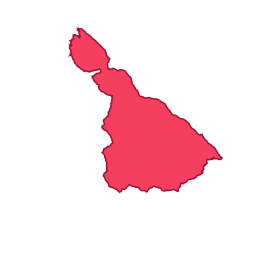 San Antonio, Tolima, Colombia (Equal Earth projection), rotated 302°
{"feature_id": "7082276B18845441418980", "entity_name": "San Antonio", "entity_type": "district", "adm_level": 2, "iso_a3": "COL", "parent_name": "Colombia", "parent_adm1": "Tolima", "projection": "equal_earth", "projection_center": [-75.469, 3.975], "detail": "fine", "context": "isolated", "style": "filled", "palette": "rose", "viewbox_px": 256, "rotation_deg": 302, "n_neighbors": 0, "source": "geoboundaries", "source_scale": "gbopen_adm2", "svg_char_len": 5846}
<svg xmlns="http://www.w3.org/2000/svg" viewBox="0 0 256 256"><g transform="rotate(302 128 128)"><path d="M69.1,155.0L69.5,155.0L71.1,155.9L72.0,155.5L73.2,155.5L74.1,157.4L74.9,158.1L75.6,158.3L77.2,158.3L78.8,158.8L80.2,158.9L80.7,159.3L80.7,161.9L81.3,163.2L82.0,166.3L82.8,167.3L83.0,167.9L83.0,168.5L82.4,170.0L82.1,172.6L83.7,175.5L83.7,177.8L84.1,178.0L85.2,177.7L88.5,178.4L90.6,180.2L91.3,180.2L92.5,180.8L92.7,182.9L93.4,184.9L93.4,185.8L94.3,187.3L94.2,188.0L93.2,189.4L93.5,191.5L94.2,192.7L94.6,192.9L94.8,193.4L95.6,193.8L96.2,195.1L99.4,198.7L100.1,199.7L100.3,200.2L100.5,201.8L100.4,203.3L100.8,203.9L101.3,203.9L103.8,202.7L104.9,203.3L105.7,203.1L106.5,203.5L107.8,202.5L109.0,202.0L109.7,203.8L110.2,204.5L110.8,204.3L111.4,204.7L111.9,205.6L113.9,206.2L116.2,206.4L116.6,206.7L117.3,208.1L118.4,208.7L119.9,210.7L122.4,211.9L123.0,211.8L123.4,212.0L124.3,211.7L125.6,213.1L126.1,213.3L126.4,213.9L127.5,214.1L128.0,214.5L129.1,214.7L129.2,215.0L129.5,214.7L130.2,214.8L130.0,214.1L130.5,214.0L130.8,213.4L131.2,213.5L131.6,214.0L131.9,213.9L133.4,214.0L133.7,213.2L134.7,212.9L135.1,212.3L135.4,212.6L135.7,212.3L136.1,212.6L136.5,212.7L137.0,212.3L137.4,213.1L137.8,212.8L139.4,213.8L140.2,213.7L141.9,211.9L143.2,211.5L143.5,212.8L143.8,212.9L144.2,213.9L145.2,214.2L145.9,216.1L146.3,216.2L146.6,215.7L146.9,215.9L147.1,216.5L147.7,216.0L148.2,216.3L148.2,216.7L147.9,217.4L148.0,218.3L148.8,219.1L149.3,220.2L149.4,221.1L149.9,222.6L151.0,223.5L152.4,223.7L152.6,223.0L152.6,221.4L153.5,219.7L153.7,218.3L154.3,217.5L157.1,212.0L157.3,208.5L157.7,207.0L157.6,204.1L158.2,202.3L158.8,201.7L159.0,199.5L160.7,195.7L161.6,194.7L161.9,194.0L160.0,192.7L159.9,191.2L160.3,189.1L161.3,186.9L161.5,185.5L161.8,182.1L162.3,180.2L164.1,177.1L164.8,173.3L164.9,170.7L164.9,170.1L163.9,168.1L163.5,166.3L164.0,164.2L164.1,162.6L163.9,161.7L163.0,159.5L162.9,158.2L164.1,155.5L164.8,154.6L165.1,152.6L165.6,151.0L167.1,148.1L167.9,147.3L168.0,146.8L168.0,144.7L167.8,143.6L168.1,138.7L167.8,137.0L167.5,136.3L167.0,136.1L166.5,134.9L166.3,133.8L165.6,132.6L165.3,130.4L165.1,129.9L163.8,128.3L162.6,127.2L162.1,123.4L161.3,121.2L161.4,120.7L162.4,119.2L164.6,116.3L164.8,114.7L165.9,112.4L166.9,110.6L167.7,108.2L168.8,107.3L169.7,106.2L172.0,103.9L172.5,102.8L172.5,101.5L172.7,100.5L173.2,99.9L173.6,98.1L174.7,95.5L174.6,93.7L173.7,91.0L172.6,89.9L171.9,89.8L171.2,89.3L171.1,85.4L170.8,84.7L170.8,83.9L170.4,83.4L169.3,82.7L167.6,80.9L168.4,80.3L168.2,79.6L168.5,78.8L170.5,77.5L171.1,76.6L172.9,76.1L173.8,76.7L174.3,76.1L174.6,76.0L177.0,75.9L177.2,75.2L177.2,74.4L177.0,73.8L177.4,73.4L177.5,73.5L177.8,72.2L179.7,69.8L180.6,69.2L180.9,68.1L181.3,68.0L181.9,67.1L181.9,66.5L182.1,66.1L181.9,65.4L182.8,63.4L183.1,61.8L182.9,61.1L183.4,60.6L183.2,59.8L183.5,59.3L183.5,58.4L184.0,57.6L183.9,57.0L184.4,56.1L184.2,55.6L184.9,54.1L184.8,53.3L185.1,52.8L184.9,51.4L185.2,50.6L185.2,49.9L185.4,49.7L185.3,49.1L185.7,48.3L185.8,47.4L186.2,46.8L185.9,45.3L186.2,44.6L186.0,43.4L186.2,42.1L186.4,41.3L186.9,40.8L186.8,39.8L187.2,38.8L187.2,37.0L187.5,36.1L187.3,35.6L186.5,34.6L184.9,34.3L185.6,33.9L186.3,33.0L185.6,32.5L185.4,33.2L185.2,33.5L184.2,33.2L184.2,33.9L184.5,34.4L184.3,34.9L184.4,35.4L184.3,35.7L183.9,35.9L183.3,35.7L182.1,36.7L180.9,38.5L179.1,39.0L178.8,39.8L178.7,39.0L179.5,37.9L179.9,37.8L180.0,37.1L178.9,36.0L178.9,34.4L179.2,34.1L179.2,33.8L178.9,33.3L178.4,33.3L177.7,32.3L176.7,33.0L175.9,33.3L175.6,33.8L175.2,33.9L174.7,34.5L173.6,33.4L172.4,33.5L171.3,32.7L171.3,32.9L171.8,34.2L170.3,34.2L168.8,34.8L168.4,35.2L168.8,35.8L168.7,36.2L168.5,36.4L167.6,36.2L167.2,35.4L167.2,34.9L167.0,35.2L166.5,35.3L166.3,35.6L165.6,35.5L164.8,36.1L164.0,37.4L164.1,37.8L163.5,38.6L162.3,39.0L161.5,40.0L160.5,40.5L160.3,40.3L160.0,40.5L159.9,40.1L159.5,40.6L158.8,40.4L159.4,41.1L159.3,42.3L158.8,42.9L158.4,43.1L158.0,44.1L156.9,45.1L156.9,45.9L156.6,46.5L155.0,48.3L154.8,49.5L154.4,50.1L154.0,51.4L153.7,51.9L153.6,53.7L153.3,54.8L153.6,55.5L153.1,56.9L153.5,58.1L153.2,58.7L153.1,59.5L152.8,60.0L153.2,60.5L153.1,61.2L153.6,61.4L154.5,63.3L154.7,64.6L155.2,65.2L155.3,65.9L155.7,66.1L156.0,65.9L156.4,66.7L157.5,67.4L158.1,68.1L158.3,68.5L158.9,68.7L159.1,69.2L160.9,70.7L161.0,71.3L161.5,71.4L162.0,72.1L162.5,72.1L162.8,72.6L162.6,72.8L162.5,73.8L161.6,74.9L160.7,75.2L159.4,74.6L158.8,73.9L158.2,72.9L157.9,72.9L157.6,72.5L157.0,72.2L156.2,72.2L155.5,71.7L155.0,71.8L154.7,71.4L154.3,71.6L154.0,71.6L153.7,71.2L153.4,71.1L153.0,70.1L152.0,70.8L151.0,73.0L150.2,73.8L150.1,74.4L149.7,75.2L149.7,76.3L148.8,77.9L148.8,78.8L149.1,80.0L149.1,80.7L148.4,81.3L147.4,81.1L145.7,82.9L145.4,84.8L144.8,85.7L145.0,86.7L145.6,88.3L145.2,90.1L145.3,91.1L145.1,92.1L145.6,93.7L145.7,94.5L146.1,94.9L146.4,97.2L147.1,97.5L147.0,97.9L146.7,98.1L145.3,98.2L144.7,99.1L143.9,99.2L143.4,99.6L142.7,99.4L142.2,100.1L141.3,100.2L140.6,100.8L139.6,100.5L139.1,101.2L138.6,101.3L138.3,101.8L136.9,102.1L136.5,102.6L135.1,102.4L134.3,102.8L133.9,102.6L132.7,103.3L131.0,102.8L130.1,103.4L129.9,104.2L128.6,104.2L128.3,104.4L128.2,104.8L127.2,104.9L126.9,104.5L126.1,104.0L124.5,104.0L124.0,103.6L123.5,103.7L122.2,103.1L121.8,103.3L120.9,103.4L119.4,105.6L118.2,106.2L116.5,105.2L114.6,105.5L114.1,106.9L113.9,108.2L113.9,109.0L113.7,109.2L114.0,110.3L114.2,111.6L112.9,114.7L112.8,115.7L111.5,118.1L111.0,118.4L109.9,120.3L109.0,120.8L108.9,121.3L107.7,122.8L107.0,123.0L105.9,122.2L103.8,122.2L102.7,121.9L101.5,120.4L100.1,120.3L97.2,118.6L95.4,119.5L94.8,119.5L93.6,119.0L93.2,119.4L93.1,121.2L92.3,122.7L91.8,123.4L91.0,123.6L90.4,124.7L88.7,126.5L87.5,128.2L84.1,130.2L83.0,131.2L81.3,131.7L80.5,133.1L77.1,132.0L75.5,132.0L74.6,132.4L74.1,133.1L73.7,134.6L72.0,136.4L70.6,140.7L68.6,142.9L68.5,143.9L69.4,146.2L69.4,148.2L69.8,150.5L69.8,151.4L69.2,153.4L69.1,155.0Z" fill="#f43f5e" stroke="#9f1239" stroke-width="1.5"/></g></svg>